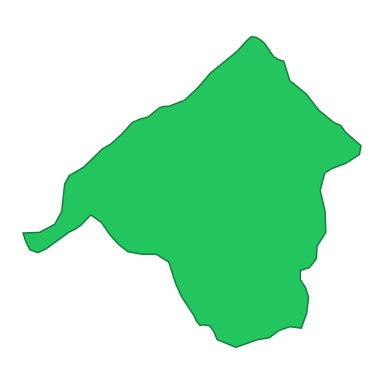 outline of Isparta
{"feature_id": "TUR-2275", "entity_name": "Isparta", "entity_type": "Province", "adm_level": 1, "iso_a3": "TUR", "parent_name": "Turkey", "parent_adm1": "", "projection": "orthographic", "projection_center": [30.888, 37.933], "detail": "fine", "context": "isolated", "style": "filled", "palette": "green", "viewbox_px": 384, "rotation_deg": 0, "n_neighbors": 0, "source": "natural_earth", "source_scale": "10m", "svg_char_len": 1075}
<svg xmlns="http://www.w3.org/2000/svg" viewBox="0 0 384 384"><path d="M283.7,61.2L289.8,80.6L306.2,93.9L319.0,110.4L333.7,122.4L340.8,125.5L345.7,132.4L361.0,145.7L359.5,154.4L346.2,163.1L331.4,168.8L324.7,173.1L320.2,190.6L325.1,211.4L325.8,232.4L317.1,246.2L316.3,258.9L309.5,267.6L300.3,270.4L300.4,279.7L305.6,287.7L308.6,297.4L306.7,313.4L301.2,328.2L289.7,326.7L279.0,330.5L269.2,337.8L257.7,339.6L235.8,347.3L217.1,339.6L214.0,331.9L209.7,325.8L203.3,324.9L200.0,325.4L196.1,320.6L194.1,315.9L181.4,296.4L175.7,283.6L168.8,262.1L156.1,254.2L142.8,254.4L127.9,251.7L118.9,244.7L110.7,235.8L101.4,222.5L90.9,214.9L81.0,225.1L75.3,229.1L69.1,232.1L45.7,249.1L37.8,252.7L29.9,249.7L25.9,241.9L23.0,233.0L39.5,232.4L54.8,224.2L61.7,211.5L64.7,183.9L69.2,175.6L83.5,167.3L102.6,148.7L110.7,144.1L121.7,134.2L132.1,122.6L139.7,119.2L147.9,117.1L159.8,107.5L164.2,106.4L168.8,106.3L184.7,100.1L198.0,87.5L210.8,72.7L236.9,51.5L247.1,40.3L251.3,36.7L256.3,37.4L260.6,39.9L264.4,43.2L273.8,56.8L278.5,59.6L283.7,61.2Z" fill="#22c55e" stroke="#15803d" stroke-width="1.5"/></svg>